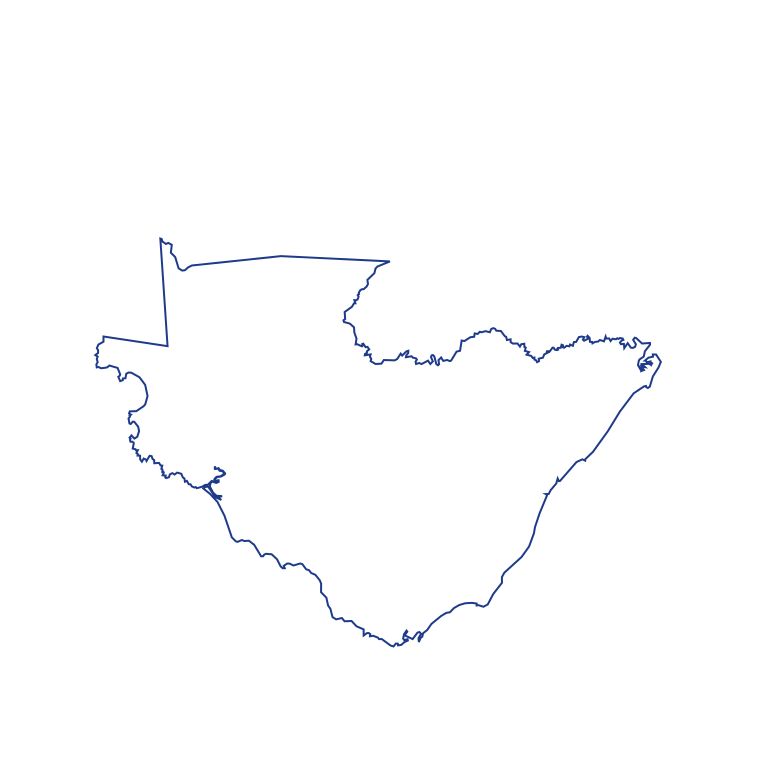 outline of Pedasí, Los Santos, Panama, rotated 58°
{"feature_id": "35544464B62202964850227", "entity_name": "Pedasí", "entity_type": "district", "adm_level": 2, "iso_a3": "PAN", "parent_name": "Panama", "parent_adm1": "Los Santos", "projection": "natural_earth1", "projection_center": [-80.113, 7.529], "detail": "fine", "context": "isolated", "style": "outline", "palette": "blue", "viewbox_px": 768, "rotation_deg": 58, "n_neighbors": 0, "source": "geoboundaries", "source_scale": "gbopen_adm2", "svg_char_len": 6165}
<svg xmlns="http://www.w3.org/2000/svg" viewBox="0 0 768 768"><g transform="rotate(58 384 384)"><path d="M308.3,382.5L302.1,379.2L301.5,370.2L299.7,366.7L300.4,365.5L297.2,364.7L298.4,362.9L298.0,361.0L296.3,359.2L294.7,359.2L294.5,357.5L293.4,357.2L292.0,354.7L291.9,352.5L292.8,351.0L292.1,346.9L290.7,344.6L286.9,342.9L284.9,333.4L281.6,330.0L280.9,327.3L283.2,314.0L220.9,403.7L181.7,484.1L181.3,488.3L182.0,492.5L180.9,495.0L177.0,496.9L165.7,493.8L159.7,495.2L153.5,490.2L150.0,492.2L149.7,494.7L145.8,496.4L143.2,495.7L142.1,496.6L237.2,547.5L195.1,596.7L199.5,599.5L199.2,605.3L201.5,608.6L203.8,608.5L206.2,610.1L206.5,613.5L209.0,612.3L210.6,614.3L213.8,615.3L215.0,617.6L217.7,618.8L218.3,617.1L220.7,615.6L222.2,612.5L223.2,610.0L222.8,607.1L229.2,601.4L235.9,602.6L236.9,603.6L237.1,605.5L241.8,606.2L242.3,603.5L241.0,602.4L242.1,600.2L238.7,597.1L238.9,594.6L240.5,592.3L248.7,587.8L258.2,587.0L268.9,590.9L274.6,597.1L275.4,599.3L275.8,608.4L272.5,614.1L273.9,615.8L275.9,614.8L275.9,616.5L277.1,616.8L277.8,618.9L282.6,620.8L283.7,620.0L282.8,616.9L283.8,615.8L290.0,615.1L294.3,616.8L298.0,621.2L298.0,624.6L293.8,625.4L294.7,628.2L296.0,627.8L296.6,629.0L298.6,629.6L299.7,627.8L301.6,627.5L305.6,631.3L307.7,629.3L308.9,629.4L309.7,627.9L311.3,630.5L313.2,629.9L314.1,630.9L315.5,628.9L318.8,630.7L321.6,630.5L319.9,627.3L322.1,625.9L323.4,626.2L320.7,620.8L322.0,619.3L325.0,620.0L326.6,619.2L329.5,620.8L331.7,616.6L334.7,616.6L335.7,615.3L338.0,617.8L339.0,617.2L341.2,618.6L341.5,617.6L342.6,617.8L344.1,620.1L346.0,617.7L347.3,619.0L348.3,618.7L349.1,615.8L347.2,613.5L347.4,610.8L349.8,609.6L349.5,606.4L352.7,603.5L356.7,604.1L358.3,603.3L361.4,604.6L361.7,602.5L365.5,602.7L366.6,601.2L368.9,601.3L371.3,599.7L371.6,598.3L373.2,597.9L374.7,592.9L374.8,589.1L376.1,586.8L374.9,581.5L378.5,578.3L378.9,576.4L378.2,575.8L376.5,578.8L375.2,578.6L374.5,577.7L374.0,575.2L375.7,571.4L375.5,566.9L372.4,567.1L370.5,569.4L367.8,569.5L366.6,572.4L365.5,572.1L364.3,570.9L366.6,571.9L367.7,568.9L370.1,568.7L372.0,566.7L375.6,566.1L376.3,566.9L376.1,571.3L374.5,574.9L375.0,577.8L376.7,578.2L377.9,575.3L379.4,576.0L379.0,578.7L375.5,581.6L376.2,583.6L378.5,586.0L385.5,586.5L390.0,585.3L393.3,580.7L392.2,584.7L396.1,583.4L390.5,587.1L377.8,587.5L376.6,590.1L376.9,592.6L384.8,589.8L395.8,587.7L411.2,589.1L433.4,594.3L439.0,593.0L440.3,591.8L441.0,587.2L443.2,585.6L445.3,581.6L451.6,579.3L465.0,579.5L466.0,577.8L465.2,576.0L465.5,574.0L468.9,569.5L475.9,567.6L484.0,568.3L486.6,567.5L487.6,565.8L485.1,565.4L484.9,561.5L486.3,559.2L489.9,557.0L491.8,550.2L493.5,548.7L499.9,548.2L502.1,546.3L505.7,545.9L509.5,543.3L516.5,542.5L520.0,543.1L527.2,547.7L534.7,546.1L542.2,548.8L546.4,548.6L554.4,551.2L558.2,549.3L560.2,543.7L564.3,543.2L567.8,537.1L574.9,535.7L581.3,531.3L586.5,534.5L586.2,530.5L587.0,529.0L588.8,528.2L590.5,529.6L591.8,526.6L595.8,523.6L597.7,523.4L599.2,521.0L609.3,517.0L611.6,515.0L610.4,511.5L611.5,509.9L613.1,510.6L614.4,507.5L613.7,503.6L614.2,499.7L612.9,499.3L611.9,502.5L610.1,502.7L606.8,499.6L605.1,495.6L606.4,495.5L608.0,499.7L615.5,494.9L612.6,487.4L613.1,485.4L615.5,484.9L617.8,489.4L621.3,491.2L618.6,487.3L618.6,485.5L616.1,482.9L615.5,477.7L612.6,470.9L611.0,458.4L611.1,452.5L612.5,449.1L611.1,443.4L611.3,437.4L612.9,431.5L616.2,425.4L619.3,421.8L620.9,422.8L621.6,421.1L625.6,417.7L625.9,412.8L620.0,402.7L615.1,389.3L610.3,386.4L607.8,382.0L603.6,359.0L598.7,347.1L590.1,336.0L585.4,331.8L576.3,320.8L564.5,304.3L563.1,305.1L564.5,302.6L562.3,298.8L559.7,290.7L556.2,286.8L559.0,287.2L559.5,286.2L552.2,262.1L553.0,255.7L555.6,254.0L554.4,253.0L552.3,242.8L542.6,219.1L532.3,198.4L524.2,177.2L523.8,164.7L524.5,162.9L525.5,163.3L527.2,162.4L527.1,160.0L520.0,151.9L515.6,142.7L512.0,137.5L503.2,137.6L501.4,140.4L503.4,141.4L501.8,145.8L502.4,150.3L502.9,149.6L504.7,149.7L506.1,146.0L507.0,146.6L509.3,145.2L508.1,146.7L509.3,147.5L507.5,148.3L503.5,155.2L504.8,156.0L506.2,154.1L508.1,153.6L505.7,156.4L509.9,156.1L509.4,158.7L508.0,157.0L506.6,157.9L507.3,158.8L502.6,158.6L499.6,155.9L498.6,154.3L498.4,149.2L494.5,145.4L491.7,137.7L490.2,136.7L486.4,143.7L478.7,145.8L477.6,146.8L478.6,149.3L483.7,149.3L485.5,151.3L485.3,153.8L484.0,155.4L478.5,155.7L480.9,161.2L477.1,159.3L475.8,162.0L473.9,162.0L473.1,159.5L473.4,157.6L471.9,157.5L470.0,159.6L470.0,161.4L468.8,162.0L469.0,163.6L466.7,166.2L467.6,169.1L464.7,168.9L463.3,171.4L461.2,170.9L464.4,174.8L461.1,177.6L461.4,180.1L460.1,182.8L460.0,185.7L458.6,185.2L457.4,187.0L453.9,185.2L451.0,185.8L451.5,186.8L453.8,186.3L453.3,191.4L451.8,191.8L450.4,189.3L448.5,191.2L447.5,193.9L450.1,198.7L449.1,200.8L451.7,203.6L449.1,205.3L450.3,206.8L448.4,208.9L448.7,212.1L447.7,212.8L446.0,211.7L444.8,212.6L446.9,214.9L445.6,217.5L446.0,218.4L447.1,218.3L447.0,219.3L445.3,221.0L443.2,220.9L442.5,221.8L444.4,226.7L444.2,228.2L443.2,227.4L442.6,228.5L444.1,229.8L443.8,232.4L445.9,235.3L444.5,239.4L446.8,240.5L446.6,242.6L444.4,242.5L442.9,243.5L441.3,242.4L440.7,244.1L438.3,244.2L434.7,247.5L433.8,244.1L430.6,247.0L428.2,244.5L426.9,245.3L424.2,243.7L423.0,246.5L424.3,248.9L420.4,249.3L418.0,253.3L415.7,254.4L413.2,253.0L411.8,256.5L408.7,255.4L407.6,256.2L401.0,256.8L398.3,260.5L396.1,260.5L394.5,261.8L394.2,264.0L396.2,266.8L393.0,269.9L391.7,274.1L390.5,275.0L391.2,278.0L389.2,280.3L391.7,282.5L390.1,286.0L390.2,293.0L388.3,295.1L396.1,301.9L395.0,305.3L399.7,314.6L399.4,316.1L397.1,317.7L395.8,321.5L391.8,321.5L392.7,325.2L396.4,326.8L396.7,328.3L394.8,329.1L387.2,326.7L385.4,327.1L385.0,328.5L386.1,329.9L390.7,330.6L391.6,334.1L387.5,334.3L387.0,341.6L384.9,343.0L384.0,346.2L381.8,345.4L380.7,343.2L379.2,343.3L377.0,345.5L375.1,345.9L372.9,351.2L371.5,349.9L370.6,347.1L368.7,345.8L368.2,347.6L369.5,353.5L367.1,353.8L369.8,359.5L369.6,362.4L363.6,371.4L365.4,375.4L362.5,380.6L357.5,383.2L356.0,381.5L353.4,381.5L351.8,379.7L349.5,385.1L348.4,384.1L348.6,382.0L347.2,381.1L346.8,378.2L343.8,378.3L343.0,380.1L338.8,380.2L338.6,381.3L340.1,381.6L340.4,382.7L335.9,385.8L335.4,387.1L331.0,383.3L324.5,381.8L320.1,379.4L314.6,381.0L310.2,385.1L308.5,384.6L308.3,382.5Z" fill="none" stroke="#1e3a8a" stroke-width="2"/></g></svg>